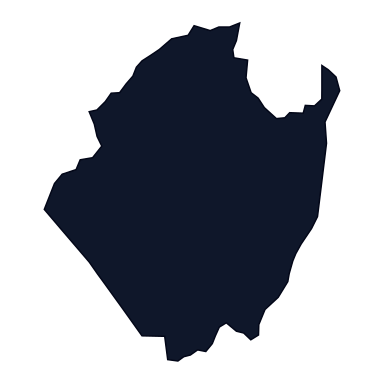 outline of Doutor Severiano, Rio Grande do Norte, Brazil
{"feature_id": "56859067B85675628272151", "entity_name": "Doutor Severiano", "entity_type": "district", "adm_level": 2, "iso_a3": "BRA", "parent_name": "Brazil", "parent_adm1": "Rio Grande do Norte", "projection": "natural_earth1", "projection_center": [-38.397, -6.115], "detail": "fine", "context": "isolated", "style": "filled", "palette": "ink", "viewbox_px": 384, "rotation_deg": 0, "n_neighbors": 0, "source": "geoboundaries", "source_scale": "gbopen_adm2", "svg_char_len": 1062}
<svg xmlns="http://www.w3.org/2000/svg" viewBox="0 0 384 384"><path d="M188.1,35.3L171.7,38.8L159.3,49.5L150.4,55.5L142.0,60.9L136.4,67.2L132.9,76.1L126.3,83.7L119.6,92.7L111.2,93.2L105.3,101.6L96.9,110.0L89.2,111.7L94.3,124.1L97.1,136.5L101.8,146.1L92.6,157.7L80.2,159.8L76.1,169.6L62.2,174.2L54.5,183.5L44.3,209.4L61.4,229.5L89.2,262.0L97.8,274.3L102.5,280.7L122.2,308.0L142.0,335.8L164.7,336.3L167.7,359.6L177.9,361.0L183.8,356.7L190.4,355.0L197.6,349.9L205.8,351.5L212.3,343.6L215.3,336.0L219.3,327.1L226.3,322.8L236.4,331.2L243.7,333.0L250.8,339.8L258.5,335.0L258.8,324.6L265.0,309.5L278.2,297.3L287.8,281.6L289.2,273.6L292.8,260.9L295.8,253.6L301.2,243.9L311.5,228.6L317.5,216.6L326.5,143.3L325.0,122.0L339.7,90.7L336.0,77.0L328.3,69.8L321.9,65.5L321.9,89.2L321.8,99.1L314.5,105.9L305.3,105.4L303.2,113.2L289.7,112.7L284.8,117.8L276.4,118.6L264.3,107.6L258.1,98.1L251.1,92.7L246.0,77.8L247.6,60.1L233.9,57.8L232.7,49.5L236.4,40.6L239.7,23.0L229.6,27.0L218.9,27.0L210.2,30.6L194.1,25.7L188.1,35.3Z" fill="#0f172a" stroke="#020617" stroke-width="1.5"/></svg>